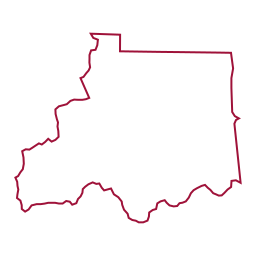 outline of Sertão Santana, Rio Grande do Sul, Brazil
{"feature_id": "56859067B44643679960185", "entity_name": "Sertão Santana", "entity_type": "district", "adm_level": 2, "iso_a3": "BRA", "parent_name": "Brazil", "parent_adm1": "Rio Grande do Sul", "projection": "natural_earth1", "projection_center": [-51.66, -30.464], "detail": "fine", "context": "isolated", "style": "outline", "palette": "rose", "viewbox_px": 256, "rotation_deg": 0, "n_neighbors": 0, "source": "geoboundaries", "source_scale": "gbopen_adm2", "svg_char_len": 1723}
<svg xmlns="http://www.w3.org/2000/svg" viewBox="0 0 256 256"><path d="M15.4,177.6L17.2,181.8L17.5,185.9L18.3,189.5L17.4,194.6L17.0,198.0L20.4,200.6L21.7,205.1L21.8,209.0L25.1,211.6L28.6,209.5L31.6,205.4L36.8,204.1L40.9,204.1L44.6,203.6L48.2,202.8L51.4,202.8L55.1,202.8L58.7,203.5L62.7,203.5L66.2,201.0L69.8,201.7L72.2,204.7L76.3,203.2L78.0,199.0L80.6,196.4L82.4,192.8L82.8,189.1L85.1,186.8L88.4,184.3L92.7,182.4L96.3,183.9L99.3,183.5L101.8,187.8L104.1,190.4L107.0,189.6L111.0,188.5L113.9,194.3L118.3,197.2L121.7,201.5L122.2,204.8L124.0,209.7L127.6,213.7L128.7,217.9L132.3,220.0L135.8,220.7L138.7,222.3L143.3,222.3L147.5,220.6L148.9,216.6L149.2,212.5L152.7,210.0L156.1,209.0L157.3,203.4L160.5,201.4L164.7,200.2L166.7,202.8L169.5,205.4L173.7,206.4L177.2,206.0L179.5,203.2L182.5,202.7L185.8,201.4L188.8,197.6L190.9,193.2L193.6,190.2L197.0,188.2L201.6,185.9L205.0,184.9L207.8,187.8L210.4,189.9L213.2,193.2L215.9,194.3L218.8,195.6L221.7,195.4L224.3,193.0L227.6,189.5L231.1,187.0L231.5,180.9L235.9,180.3L240.6,182.8L234.4,123.7L236.0,120.0L238.9,118.4L234.8,116.1L232.2,112.0L231.4,87.9L231.4,78.1L233.1,68.4L231.0,52.8L218.9,52.6L179.7,52.1L160.5,51.9L120.0,51.3L120.1,34.7L90.8,33.7L93.3,37.9L97.9,39.7L97.3,45.2L95.5,49.8L91.1,50.4L89.5,55.0L89.5,58.9L89.4,62.6L90.1,67.3L88.6,70.5L86.3,73.1L83.5,76.9L80.5,78.1L89.2,97.9L85.9,99.2L82.4,99.8L78.1,99.8L74.1,99.6L70.4,100.9L66.8,104.2L63.9,105.0L58.9,106.3L55.4,109.4L55.6,114.0L56.9,119.2L58.0,122.4L57.5,126.5L58.3,131.0L58.6,136.8L55.4,139.9L51.6,141.6L48.2,138.8L45.1,142.0L41.8,144.5L38.9,143.4L35.4,145.7L32.4,147.7L29.4,149.6L25.7,149.3L22.2,151.2L23.5,157.5L23.8,163.8L22.8,169.2L20.3,172.4L18.1,176.1L15.4,177.6Z" fill="none" stroke="#9f1239" stroke-width="2"/></svg>